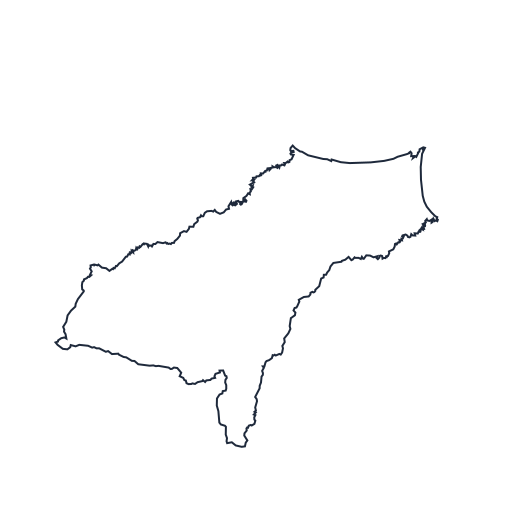 outline of Pemalang, Jawa Tengah, Indonesia, rotated 32°
{"feature_id": "22746128B43122306499336", "entity_name": "Pemalang", "entity_type": "district", "adm_level": 2, "iso_a3": "IDN", "parent_name": "Indonesia", "parent_adm1": "Jawa Tengah", "projection": "natural_earth1", "projection_center": [109.395, -7.01], "detail": "fine", "context": "isolated", "style": "outline", "palette": "slate", "viewbox_px": 512, "rotation_deg": 32, "n_neighbors": 0, "source": "geoboundaries", "source_scale": "gbopen_adm2", "svg_char_len": 6143}
<svg xmlns="http://www.w3.org/2000/svg" viewBox="0 0 512 512"><g transform="rotate(32 256 256)"><path d="M145.5,435.1L146.8,431.8L146.1,429.7L150.9,428.2L153.2,425.0L161.2,421.1L165.6,420.5L167.0,419.1L169.7,418.8L171.9,417.4L179.4,416.8L181.0,415.0L185.8,415.5L191.0,411.8L192.0,412.3L197.2,411.8L199.7,410.7L206.3,410.7L208.6,409.4L213.5,410.2L223.9,405.4L226.9,403.2L229.4,402.5L231.6,400.8L241.1,396.9L243.4,397.1L244.5,396.3L245.5,394.1L248.6,392.7L254.4,394.6L255.0,398.4L258.9,397.9L261.0,399.2L262.5,398.8L264.5,400.7L266.7,400.4L269.0,398.8L269.5,397.8L272.1,396.8L273.3,394.0L276.9,390.4L276.9,389.4L279.6,389.8L279.8,387.8L283.0,385.3L283.3,383.5L285.9,381.0L284.5,380.0L284.1,377.4L287.1,373.9L285.8,372.5L288.8,370.5L293.2,373.8L294.6,373.6L295.8,374.9L295.7,377.2L296.9,379.6L299.2,381.3L301.1,384.3L301.6,386.2L299.4,388.2L300.3,390.4L298.5,392.8L298.4,397.5L302.0,403.6L306.3,407.5L313.2,416.7L315.5,417.5L319.6,416.4L321.0,416.8L325.0,423.5L327.9,425.8L329.2,428.7L330.7,430.0L334.2,426.8L339.2,427.4L345.0,425.4L347.5,423.3L346.2,419.7L346.4,417.0L341.2,414.5L340.2,412.5L340.6,408.9L339.3,407.3L339.4,406.1L340.2,405.9L339.8,403.7L341.2,402.0L342.2,402.0L343.6,399.2L342.7,396.0L341.3,395.6L340.0,393.7L339.8,391.3L338.2,391.6L338.7,388.8L337.3,388.9L337.8,387.1L335.6,384.9L333.8,378.6L332.4,377.0L330.0,376.0L329.2,366.3L327.9,364.1L327.3,360.7L324.6,355.3L324.8,353.2L323.9,351.6L322.1,350.2L321.9,346.7L320.3,346.0L321.6,345.1L320.4,341.1L320.6,339.5L322.3,337.4L323.6,334.2L322.7,331.3L323.6,331.1L324.2,329.8L325.5,329.9L327.7,326.7L329.2,326.5L329.3,324.0L327.8,320.0L326.0,318.3L326.0,313.8L323.6,311.0L324.4,304.5L323.8,299.6L321.7,297.6L318.5,290.2L320.4,285.6L319.4,283.1L316.7,282.3L316.3,279.6L317.6,278.3L317.6,276.8L316.9,271.7L315.5,270.5L318.3,265.4L322.1,262.4L322.5,259.9L321.7,258.3L322.8,256.5L323.9,256.5L324.6,255.7L324.8,254.2L324.2,253.2L325.6,248.1L323.2,240.6L324.7,238.4L323.5,236.0L325.4,234.7L325.1,232.3L325.6,229.1L324.7,225.4L325.3,220.9L331.5,215.6L331.4,214.6L333.7,211.8L335.0,207.7L339.1,209.0L339.9,207.8L340.3,204.9L341.2,205.0L344.0,203.2L346.5,203.0L346.2,200.6L348.3,201.6L348.9,201.3L349.2,197.0L352.5,195.2L356.4,194.8L359.0,191.9L359.3,193.8L361.0,194.1L361.4,192.1L360.9,190.3L361.5,189.5L363.0,189.2L364.7,191.2L365.4,189.9L366.9,189.2L366.6,187.4L367.4,187.4L367.2,186.6L367.9,186.0L367.5,183.0L366.3,181.7L368.9,177.6L368.6,174.5L367.5,172.1L368.2,171.1L369.2,171.5L369.4,168.9L370.5,168.4L370.6,167.5L369.2,166.4L371.5,165.4L370.1,164.1L371.2,163.3L370.9,161.3L369.5,161.7L369.4,160.9L371.5,158.5L373.7,158.5L374.7,159.3L376.2,158.9L376.8,157.9L376.1,155.2L377.8,155.6L380.2,154.3L378.5,152.7L381.3,151.2L381.0,149.5L382.5,148.4L382.3,147.5L381.0,147.5L381.6,145.4L382.8,145.3L381.5,144.5L381.5,143.5L382.2,143.1L383.7,144.8L384.3,144.0L382.8,142.8L382.9,141.5L384.2,140.7L381.2,141.2L381.1,140.4L383.1,138.9L381.0,139.7L382.2,137.6L380.9,136.6L381.3,134.2L382.4,135.1L384.6,134.3L385.6,132.2L387.2,134.7L387.7,133.6L386.7,130.4L389.0,131.7L389.7,130.5L391.3,130.4L391.0,128.9L389.5,128.6L389.1,127.0L387.1,127.3L381.4,126.0L374.7,123.7L369.9,120.7L365.5,116.6L355.5,103.9L348.5,93.2L342.7,81.3L342.2,76.5L341.6,77.6L341.0,77.0L341.3,74.9L340.3,75.2L338.2,78.8L339.2,80.9L338.5,82.4L339.0,82.9L339.4,87.0L338.4,86.9L337.3,89.7L336.9,87.6L334.7,89.1L333.5,86.4L331.7,85.7L331.1,87.2L331.4,87.7L330.0,89.6L323.5,96.8L321.1,100.7L314.3,107.4L303.7,115.8L286.3,127.5L278.2,131.5L269.0,134.1L269.5,135.6L265.1,136.2L261.6,138.1L246.8,143.0L239.8,143.2L237.9,144.0L232.0,143.8L228.6,142.9L228.1,146.1L229.0,148.1L230.0,148.6L232.0,147.0L232.8,147.8L231.0,149.6L231.0,151.0L231.9,151.4L234.3,150.3L234.9,155.2L233.7,156.9L234.5,158.6L233.7,159.6L232.7,159.2L231.9,161.5L230.7,162.2L232.0,163.0L232.1,164.1L229.6,164.6L229.5,165.6L228.2,166.6L228.9,168.6L226.0,167.3L225.3,168.4L227.2,169.1L227.4,169.9L225.9,170.0L224.2,171.2L222.5,171.2L223.2,172.2L221.0,174.3L222.2,174.6L221.9,176.2L220.2,174.9L219.3,175.6L219.9,177.7L218.8,178.9L219.3,179.6L218.6,180.1L218.3,182.3L216.4,183.3L217.6,184.5L217.4,185.1L216.4,184.8L216.2,186.8L214.2,188.2L214.5,189.4L212.0,191.3L212.8,192.1L212.5,193.8L214.0,192.6L213.9,194.1L215.3,194.4L213.0,198.7L214.7,198.9L215.4,199.7L216.0,198.2L216.3,199.3L217.2,199.2L217.1,201.9L215.9,202.3L217.4,204.0L217.0,205.6L218.0,206.9L216.1,207.1L216.1,210.1L214.6,213.6L215.7,215.5L216.5,215.5L216.9,213.7L218.6,214.2L218.8,215.3L216.2,216.3L216.4,219.7L215.9,220.5L214.9,220.3L214.6,218.1L213.0,219.1L211.8,218.6L210.2,220.2L212.2,221.9L211.5,224.1L210.7,224.2L210.5,222.8L209.5,221.9L208.7,222.3L208.5,223.1L209.9,224.1L209.4,225.4L208.1,225.2L206.3,223.3L206.3,228.4L208.1,230.3L206.0,232.4L205.5,236.1L203.1,239.3L198.9,239.7L196.6,238.8L196.2,241.0L194.4,241.3L190.8,244.0L189.7,246.5L190.2,250.2L188.9,251.1L187.8,250.7L188.0,252.8L186.3,254.6L186.4,255.5L187.8,256.4L188.1,257.9L186.7,261.7L187.4,264.4L184.0,266.4L184.7,268.5L184.3,272.3L181.7,273.1L179.6,276.9L180.7,279.0L180.2,283.3L179.1,286.5L179.5,288.3L177.7,289.5L177.5,291.0L176.2,291.2L175.2,292.3L174.0,292.0L173.6,292.8L172.1,292.3L170.3,294.4L165.1,296.4L164.3,299.2L162.6,300.1L162.7,303.0L161.5,302.6L160.4,303.7L159.1,303.5L159.5,305.0L157.1,303.5L154.3,304.8L154.7,305.5L153.6,306.0L153.2,309.5L152.2,309.5L152.6,310.9L151.3,311.3L151.7,312.9L150.1,312.4L150.9,314.6L149.9,316.2L148.6,316.4L149.9,318.0L147.9,317.6L148.7,318.7L147.4,319.5L148.2,320.1L147.4,320.7L148.1,321.6L146.8,322.2L147.0,324.8L146.0,325.6L145.4,331.7L143.9,334.7L143.4,338.3L142.5,338.7L142.7,341.3L141.5,341.6L141.7,342.9L140.9,343.1L139.6,346.3L135.4,345.8L131.5,347.5L126.9,346.8L126.6,347.9L124.0,348.7L123.7,349.6L123.0,349.2L120.7,351.7L121.9,353.2L121.9,354.7L124.8,356.1L125.2,360.1L126.4,359.7L125.7,362.1L124.5,362.7L124.3,364.4L122.5,367.0L123.1,368.1L122.6,370.2L123.9,373.2L126.3,376.4L128.2,376.6L128.7,377.3L127.8,386.9L128.4,392.0L129.6,394.7L128.1,400.3L127.7,406.2L130.0,412.3L130.0,418.3L132.4,420.0L133.3,421.9L135.9,423.2L138.9,426.5L136.7,426.6L134.4,428.9L132.9,432.4L133.4,433.5L131.8,435.5L134.8,436.5L141.4,437.1L145.5,435.1Z" fill="none" stroke="#1e293b" stroke-width="2"/></g></svg>